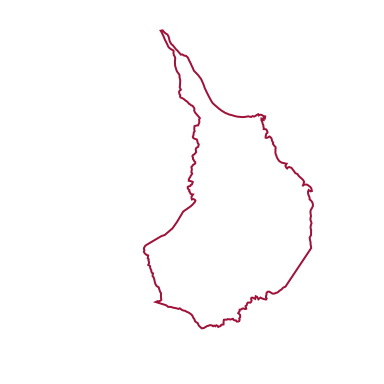 Manaus, Amazonas, Brazil, rotated 223°
{"feature_id": "56859067B19740066792798", "entity_name": "Manaus", "entity_type": "district", "adm_level": 2, "iso_a3": "BRA", "parent_name": "Brazil", "parent_adm1": "Amazonas", "projection": "albers", "projection_center": [-60.096, -2.573], "detail": "fine", "context": "isolated", "style": "outline", "palette": "rose", "viewbox_px": 384, "rotation_deg": 223, "n_neighbors": 0, "source": "geoboundaries", "source_scale": "gbopen_adm2", "svg_char_len": 6015}
<svg xmlns="http://www.w3.org/2000/svg" viewBox="0 0 384 384"><g transform="rotate(223 192 192)"><path d="M292.9,286.0L293.9,284.8L295.5,285.1L297.0,285.2L299.1,285.5L300.7,285.4L305.9,286.2L308.1,286.1L310.5,286.8L311.8,287.5L315.1,289.7L317.4,290.4L319.4,290.0L321.4,289.9L323.7,290.2L324.9,288.6L322.8,288.0L320.5,287.0L319.5,286.7L315.7,284.9L311.0,283.2L308.5,282.1L306.7,281.9L304.2,282.2L302.9,282.7L301.6,282.6L300.2,280.9L298.6,279.7L297.0,279.3L295.6,278.5L293.6,275.9L291.8,274.1L290.4,272.8L288.5,271.7L286.6,270.6L285.4,270.0L284.1,269.7L282.5,269.4L281.1,269.1L280.0,268.1L279.1,267.2L277.2,266.0L276.1,264.9L275.1,263.6L274.2,262.7L272.4,260.2L269.9,259.2L270.2,258.0L269.9,256.6L268.9,255.7L267.8,255.0L266.6,254.8L265.9,253.7L264.8,253.3L263.6,253.8L262.4,254.2L261.1,254.4L259.7,254.4L258.4,254.6L257.1,254.8L255.8,254.7L254.4,254.5L253.1,254.8L251.8,254.8L250.5,255.4L249.1,255.2L247.8,254.9L246.7,254.3L246.1,253.2L245.0,252.6L243.7,252.2L236.6,251.4L236.3,250.0L235.3,249.0L234.2,248.1L233.7,246.9L233.0,244.8L233.9,243.9L235.1,241.9L234.3,240.8L233.4,239.7L232.4,238.9L231.4,238.1L231.4,236.9L229.5,234.3L229.2,233.1L228.0,232.4L226.8,232.6L225.6,233.1L224.2,233.7L223.1,233.0L222.0,232.3L220.9,231.6L219.6,231.5L218.3,229.3L218.7,228.1L218.9,226.8L218.3,225.7L216.2,224.0L216.0,222.7L216.1,220.7L216.5,219.4L216.0,218.3L214.7,217.8L213.8,216.8L212.4,216.5L211.3,216.1L210.0,216.1L209.1,215.1L209.4,213.9L209.7,212.6L209.5,211.2L209.5,209.9L208.2,209.0L207.3,208.1L206.6,207.0L205.8,205.9L204.5,205.7L204.1,204.5L204.0,203.1L203.5,201.7L203.3,200.2L202.9,199.0L202.0,198.0L200.8,198.8L199.6,199.4L198.4,199.9L197.7,198.8L197.2,197.4L197.7,196.3L197.3,195.1L198.2,194.0L198.6,192.8L197.7,191.9L196.4,191.5L195.1,191.6L194.4,190.5L193.1,190.4L191.9,189.7L190.7,190.1L189.6,190.9L189.1,188.1L188.1,187.2L187.0,186.5L186.2,187.7L185.0,188.2L183.7,188.1L183.1,186.8L183.0,183.8L183.0,182.8L183.3,180.2L185.1,171.7L182.5,159.6L182.3,157.9L181.8,154.5L181.5,152.1L182.6,142.0L183.7,140.0L184.5,138.3L189.2,122.3L189.5,120.8L189.0,118.5L188.3,117.5L187.1,117.0L186.5,115.5L185.1,115.0L183.7,114.9L182.4,115.0L180.8,115.7L180.0,114.6L179.2,113.3L177.8,113.3L177.0,112.1L175.5,111.4L174.7,110.2L174.3,108.8L173.0,109.1L172.0,109.1L171.0,108.1L169.7,107.4L168.4,107.0L167.5,106.1L166.3,105.6L165.0,105.9L164.2,104.4L163.2,103.5L161.9,103.5L160.9,102.8L159.5,102.1L158.3,101.1L155.9,99.7L153.7,99.1L151.3,99.6L149.9,98.7L147.3,97.3L145.8,96.9L144.8,96.0L144.0,94.9L141.9,93.0L140.9,92.2L141.0,90.9L141.5,89.6L142.7,88.7L143.5,86.8L134.0,91.4L132.3,91.7L131.1,91.7L129.6,93.1L128.4,93.9L126.9,94.5L125.8,95.3L123.4,96.7L122.2,97.2L121.6,98.6L120.2,98.7L118.3,99.1L117.1,99.7L116.0,100.4L114.1,100.8L112.9,101.3L111.3,101.7L109.7,101.9L107.5,101.9L106.3,101.3L104.8,100.8L103.6,100.7L102.5,100.0L101.2,99.5L98.5,100.0L97.3,99.5L96.1,99.0L94.9,98.9L92.0,98.9L90.6,100.5L89.5,104.4L88.7,105.4L88.3,106.6L87.3,107.5L86.2,108.1L85.0,108.2L84.7,109.4L83.3,109.8L83.3,111.1L82.0,111.6L80.8,111.2L79.7,113.5L80.0,114.9L78.6,116.6L79.9,118.1L80.8,119.1L81.5,120.3L80.7,121.3L79.6,122.2L79.1,123.4L78.1,124.2L77.0,124.9L76.3,126.0L75.6,127.2L74.4,126.8L73.2,127.3L72.1,128.1L71.0,127.7L70.0,128.6L69.4,129.8L70.1,131.1L71.2,131.7L71.3,133.0L72.0,134.0L73.0,134.9L74.2,135.0L75.6,134.9L76.0,137.4L76.9,138.4L75.9,139.7L75.7,141.1L74.7,142.1L73.4,142.5L72.7,143.6L73.8,144.4L75.0,145.0L74.8,146.5L75.4,147.6L75.8,149.0L75.0,150.0L73.8,151.0L73.9,152.2L74.6,153.5L75.9,154.1L76.4,155.2L75.6,156.1L72.9,156.9L73.6,158.0L74.3,159.2L72.9,159.7L71.6,159.2L70.3,158.8L70.2,160.1L69.9,161.5L68.2,161.9L65.7,163.1L64.5,163.9L64.8,165.1L66.0,165.4L66.9,166.3L67.4,167.6L68.6,168.9L68.7,170.5L67.7,171.7L66.3,172.1L63.8,172.6L62.5,173.8L61.9,175.2L61.2,176.4L60.8,177.6L60.7,179.0L60.5,180.2L60.1,181.5L60.1,184.2L59.1,186.5L66.6,232.3L69.7,234.7L70.6,235.7L71.6,236.5L72.9,237.3L74.8,238.8L75.2,240.1L75.5,241.6L76.8,243.0L78.9,245.4L80.2,246.1L81.5,247.3L82.2,248.5L83.4,250.8L85.2,251.8L86.4,252.4L87.5,253.7L88.6,255.6L89.7,256.4L91.9,258.3L92.8,259.7L93.5,262.7L93.9,264.0L94.8,265.1L95.9,265.9L97.0,266.5L98.3,266.8L99.6,266.9L100.9,266.8L101.9,267.8L102.9,268.5L105.3,269.5L106.3,270.4L107.3,271.2L108.0,273.0L105.8,273.3L105.0,274.4L107.3,276.1L109.3,276.4L110.5,276.2L111.7,276.1L113.0,275.8L114.0,274.9L115.0,274.1L115.0,273.6L115.1,272.9L115.2,272.2L115.4,271.7L115.5,272.5L115.5,273.2L115.5,273.7L116.5,274.7L116.9,275.9L118.1,276.3L119.3,276.6L120.6,276.6L121.9,276.6L123.2,276.5L124.5,276.5L125.9,276.7L127.1,277.1L128.3,276.6L129.7,276.3L131.0,276.7L134.6,277.3L135.8,277.5L138.0,276.5L138.6,275.3L138.5,274.1L139.8,274.1L141.5,274.8L142.1,277.2L143.2,276.4L144.4,275.9L145.4,275.2L146.6,274.6L149.2,274.1L151.7,274.6L152.8,275.0L154.2,275.5L155.1,276.2L156.3,276.6L157.4,277.3L158.3,278.1L159.1,279.2L160.1,280.0L160.7,281.2L161.7,281.9L163.1,281.9L165.7,282.4L166.3,283.5L167.5,283.7L168.7,284.2L169.7,285.0L170.8,285.5L172.7,285.6L173.3,285.3L173.5,284.3L173.9,283.2L174.5,282.3L175.2,281.9L175.6,282.4L176.3,283.1L176.7,284.1L177.3,285.0L177.5,285.7L177.2,286.8L177.8,287.4L179.1,288.0L180.3,288.4L181.4,287.8L182.5,286.9L183.3,287.9L184.4,288.5L185.3,289.5L186.5,289.9L187.6,290.6L188.7,291.3L190.3,291.9L191.3,293.1L190.3,293.5L189.7,293.3L189.3,293.1L188.6,293.5L189.0,294.0L190.4,295.4L189.0,295.7L190.0,297.2L191.2,296.4L192.4,296.1L193.8,295.8L195.0,294.9L195.4,293.5L196.6,294.0L197.2,292.6L197.4,291.1L197.8,290.2L198.1,289.5L199.5,288.8L199.9,287.3L201.3,286.3L202.4,285.8L203.2,284.7L204.1,283.5L205.7,281.6L207.7,280.0L210.3,278.0L211.8,277.1L215.6,275.2L216.6,274.6L218.2,273.8L219.7,273.3L221.8,272.5L226.3,271.6L230.1,271.3L232.2,271.2L235.0,271.1L237.6,271.1L240.2,271.8L243.5,272.9L246.3,273.9L249.5,275.1L253.8,276.8L256.5,278.3L259.2,279.5L262.6,280.9L265.2,281.3L267.4,281.7L269.0,281.8L271.2,281.9L273.3,282.0L274.9,282.7L276.4,283.4L278.1,284.0L280.0,284.9L284.2,286.4L285.9,287.2L287.7,287.6L289.6,287.3L290.7,286.4L292.9,286.0Z" fill="none" stroke="#9f1239" stroke-width="2"/></g></svg>